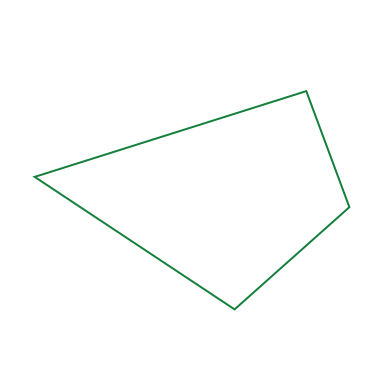 the border of Sonsorol, rotated 96°
{"feature_id": "PLW-5259", "entity_name": "Sonsorol", "entity_type": "state/province", "adm_level": 1, "iso_a3": "PLW", "parent_name": "Palau", "parent_adm1": "", "projection": "mercator", "projection_center": [132.22, 5.301], "detail": "fine", "context": "isolated", "style": "outline", "palette": "green", "viewbox_px": 384, "rotation_deg": 96, "n_neighbors": 0, "source": "natural_earth", "source_scale": "10m", "svg_char_len": 222}
<svg xmlns="http://www.w3.org/2000/svg" viewBox="0 0 384 384"><g transform="rotate(96 192 192)"><path d="M193.4,350.1L79.7,88.9L190.6,33.9L304.3,137.4L193.4,350.1Z" fill="none" stroke="#15803d" stroke-width="2"/></g></svg>